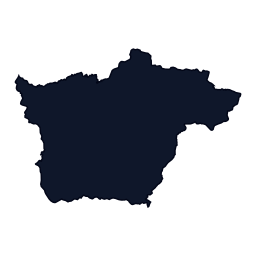 Chiang Muan, Phayao, Thailand (Mercator projection)
{"feature_id": "78962969B85526805551383", "entity_name": "Chiang Muan", "entity_type": "district", "adm_level": 2, "iso_a3": "THA", "parent_name": "Thailand", "parent_adm1": "Phayao", "projection": "mercator", "projection_center": [100.288, 18.938], "detail": "fine", "context": "isolated", "style": "filled", "palette": "ink", "viewbox_px": 256, "rotation_deg": 0, "n_neighbors": 0, "source": "geoboundaries", "source_scale": "gbopen_adm2", "svg_char_len": 5653}
<svg xmlns="http://www.w3.org/2000/svg" viewBox="0 0 256 256"><path d="M238.6,99.4L238.8,97.4L240.0,96.5L240.6,94.7L240.6,93.9L240.2,93.5L235.8,92.6L234.0,91.6L231.7,90.8L229.7,89.8L227.4,89.5L226.7,89.6L226.4,89.9L226.0,89.9L225.7,89.5L225.2,89.9L224.8,89.6L223.4,89.9L222.8,89.2L222.1,89.0L221.7,89.0L220.6,89.8L219.0,89.6L217.7,89.7L216.8,89.4L215.3,89.4L214.3,88.7L214.2,87.9L212.8,86.9L212.9,86.6L213.4,86.6L213.1,85.9L213.5,85.5L213.8,85.5L212.6,84.3L211.1,83.2L209.5,82.6L208.8,82.1L207.0,80.4L207.0,79.2L207.9,76.8L209.0,72.6L209.0,72.0L208.1,71.5L206.9,71.1L205.4,71.2L203.4,70.4L203.0,70.7L202.2,72.2L201.7,72.5L200.8,72.4L199.6,72.2L199.0,71.7L197.8,70.1L197.1,69.4L196.5,69.2L195.3,69.6L194.9,70.1L194.4,70.3L193.3,69.9L191.9,70.5L186.2,69.1L185.2,69.4L183.8,70.2L182.0,70.4L180.3,69.8L177.6,69.5L175.3,68.0L173.1,67.3L171.0,67.6L170.2,68.8L169.4,69.3L165.4,69.2L162.2,68.5L161.5,67.9L161.2,67.0L160.6,66.2L160.2,65.9L159.6,65.8L156.6,66.3L155.8,65.9L155.2,65.2L152.8,65.5L151.7,65.5L151.3,64.5L151.2,60.6L150.5,58.6L150.8,56.0L147.9,53.3L145.6,53.0L141.8,52.0L140.5,51.5L140.0,50.2L137.4,49.3L135.2,49.8L133.4,49.1L132.3,49.5L131.5,50.1L131.1,50.6L130.6,52.9L129.9,54.4L130.0,54.9L130.8,56.3L130.8,56.9L130.5,58.5L129.9,59.4L125.1,61.9L124.1,61.9L121.8,61.5L120.6,62.0L119.4,63.5L119.0,64.8L118.8,66.8L118.2,67.8L114.3,69.1L113.0,69.9L112.2,70.6L109.4,77.8L109.0,78.3L107.6,78.9L106.5,79.2L105.8,79.0L103.9,79.5L103.6,79.8L102.8,80.1L102.0,80.2L101.8,80.9L101.5,80.5L101.2,80.4L100.2,81.6L99.0,81.8L99.0,82.1L98.5,82.4L97.3,82.5L97.2,83.0L96.8,82.9L96.7,82.4L97.8,81.4L97.9,80.3L97.7,79.7L96.9,79.5L96.5,77.6L96.6,76.3L96.4,75.9L96.0,75.9L96.2,74.8L95.0,74.7L93.8,75.4L92.0,74.5L91.8,74.8L92.0,75.6L91.9,76.0L91.6,76.0L90.9,75.4L89.8,75.4L88.4,77.2L87.8,77.2L86.8,76.5L86.0,76.5L86.3,75.9L87.2,75.9L86.6,74.6L85.1,75.3L84.2,76.5L82.5,75.9L82.3,75.5L82.4,74.0L81.7,73.6L81.5,72.6L81.2,72.5L79.2,73.3L77.0,73.7L75.6,74.8L74.9,74.4L73.0,75.9L72.6,75.8L72.5,74.9L71.9,74.7L71.2,76.1L70.3,76.0L69.1,76.7L68.4,76.7L66.8,77.9L65.8,79.9L65.1,79.9L64.5,79.3L63.9,79.5L62.8,80.3L61.6,79.8L61.2,79.8L59.7,81.1L59.1,80.9L58.5,81.3L57.5,83.1L56.9,83.1L55.7,82.4L55.0,83.0L54.6,82.5L52.2,83.3L50.0,83.3L48.6,84.0L47.5,84.0L46.8,84.8L45.7,85.2L44.8,86.2L43.3,86.6L42.9,86.5L41.8,85.7L41.2,85.9L40.3,85.8L39.7,85.1L39.3,84.9L38.3,85.6L37.7,85.7L37.9,86.0L37.4,86.3L37.4,86.6L36.7,86.6L36.2,87.1L34.9,86.5L34.1,86.5L32.9,85.8L31.7,84.4L30.7,84.6L28.4,84.2L27.2,81.3L26.4,80.7L24.4,80.4L23.0,79.1L22.6,78.3L20.7,78.0L19.1,76.7L18.8,75.9L18.2,77.4L15.6,81.3L15.4,82.2L16.2,83.3L17.2,83.9L17.3,84.2L16.6,86.6L16.4,88.2L17.0,89.9L18.3,91.1L20.1,91.3L20.5,93.3L21.6,93.4L21.8,93.8L21.5,95.5L22.2,96.6L22.8,98.5L21.0,101.9L20.7,103.7L20.8,104.0L22.2,104.9L26.6,106.2L27.5,107.5L26.6,109.7L24.8,112.3L24.9,113.1L25.7,114.0L25.7,114.3L25.0,115.8L25.1,117.3L28.3,118.8L29.1,120.4L29.2,121.1L28.8,122.0L29.2,122.5L30.6,122.4L32.1,123.2L33.7,123.8L35.5,123.6L36.2,123.8L37.6,124.5L40.1,127.6L40.4,132.9L41.6,135.2L41.9,136.8L41.3,138.9L42.7,140.4L44.0,143.2L44.1,148.5L44.7,149.7L44.1,150.5L44.3,151.2L44.1,151.5L43.0,152.0L42.0,151.9L41.5,152.5L41.5,153.5L41.1,154.2L41.4,154.2L41.3,154.6L41.8,154.4L42.6,154.9L42.0,156.7L42.5,158.2L41.7,159.9L41.5,160.9L41.1,161.2L40.0,160.5L39.4,160.6L39.0,160.8L37.5,162.7L35.9,163.7L35.6,164.0L35.8,164.4L38.5,165.6L40.1,167.7L40.4,171.7L41.2,173.5L41.3,175.7L41.4,180.5L40.8,184.1L41.3,186.4L44.6,190.1L45.2,192.4L45.9,193.9L49.2,199.0L51.0,200.9L52.3,201.7L53.1,202.2L54.6,202.5L55.5,202.4L61.7,199.0L63.1,199.8L65.6,200.4L68.0,201.8L69.0,201.3L71.2,201.0L74.1,199.0L75.1,198.9L77.5,199.5L79.7,197.4L81.1,198.0L82.0,196.6L83.6,195.2L85.8,196.2L87.9,196.3L89.5,197.8L92.1,198.8L92.7,198.7L94.6,197.2L96.6,196.9L97.9,197.4L99.4,198.9L100.1,199.1L100.5,199.0L101.1,197.9L101.4,197.8L103.2,198.8L104.5,199.1L106.7,198.5L107.2,198.5L109.3,199.4L111.5,198.3L113.0,197.9L115.3,198.3L119.0,199.6L121.4,200.0L124.7,199.9L126.3,199.4L127.4,200.1L128.4,200.6L128.8,201.0L129.1,201.7L130.6,203.4L131.6,204.2L132.3,204.4L132.8,204.4L135.7,203.4L137.5,203.7L138.6,203.6L139.8,204.1L141.4,202.9L142.3,202.5L142.7,202.5L143.4,203.1L143.9,203.2L146.9,202.5L147.2,202.8L147.3,204.7L148.0,206.9L148.4,206.7L148.8,206.3L149.6,203.8L150.6,202.1L147.5,200.0L145.8,199.6L145.6,198.9L146.7,198.1L147.1,197.3L147.7,196.9L147.7,196.5L147.3,195.7L147.4,195.1L148.3,194.8L150.3,194.7L151.8,193.5L152.2,193.0L151.7,192.1L151.7,190.6L155.2,187.6L156.1,186.3L157.0,185.5L157.4,184.7L159.5,183.4L161.3,181.5L161.6,180.3L161.5,179.8L162.4,179.0L162.6,178.6L161.9,176.9L161.8,175.4L160.9,174.6L160.8,174.2L161.2,173.3L161.4,171.7L162.1,171.0L162.6,168.7L163.1,167.6L164.7,166.7L165.5,165.9L166.4,164.5L168.0,162.5L171.7,159.6L173.7,157.2L174.2,155.3L175.1,154.5L175.0,153.2L175.0,150.2L175.9,146.1L176.2,145.7L176.9,145.3L177.0,145.0L176.8,143.7L176.9,142.5L176.6,140.7L176.7,139.4L176.2,138.5L176.5,137.1L176.6,135.4L177.0,134.7L178.2,134.0L178.6,133.0L179.7,132.9L180.3,132.5L180.8,131.4L182.3,131.2L183.4,130.5L184.4,130.4L185.4,129.5L185.8,128.6L185.8,127.4L184.5,125.4L184.3,124.8L184.5,124.1L185.3,123.9L190.7,123.8L194.0,122.6L195.1,121.8L195.5,122.0L196.5,123.5L196.9,123.7L198.0,123.8L200.5,123.2L201.4,123.7L203.0,123.7L205.3,124.4L206.1,124.9L210.7,129.8L211.4,130.1L212.2,130.1L213.1,129.4L213.6,127.4L214.1,126.2L214.7,125.4L218.1,123.9L221.3,122.8L223.4,121.4L225.5,121.3L226.7,120.9L228.0,119.9L228.3,119.2L228.3,118.6L227.0,115.2L227.6,111.3L228.1,111.0L229.6,111.0L230.7,110.2L231.8,110.0L232.2,109.7L232.5,109.1L232.8,107.0L233.2,106.6L235.2,105.0L236.9,104.3L237.5,103.5L238.6,99.4Z" fill="#0f172a" stroke="#020617" stroke-width="1.5"/></svg>